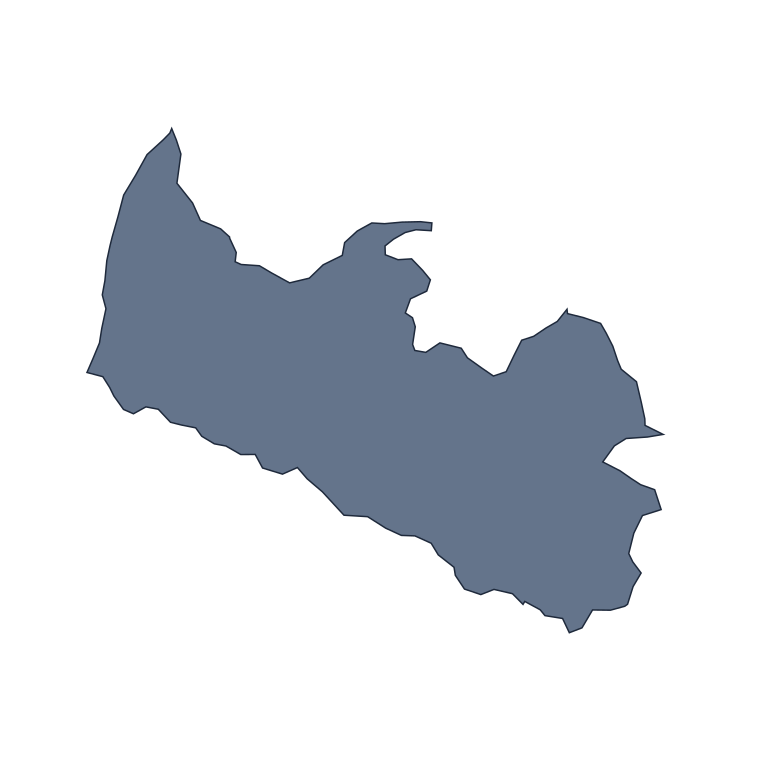 outline of Pano Kivides, Limassol, Cyprus, rotated 284°
{"feature_id": "46923920B16350634137742", "entity_name": "Pano Kivides", "entity_type": "district", "adm_level": 2, "iso_a3": "CYP", "parent_name": "Cyprus", "parent_adm1": "Limassol", "projection": "orthographic", "projection_center": [32.846, 34.75], "detail": "fine", "context": "isolated", "style": "filled", "palette": "slate", "viewbox_px": 768, "rotation_deg": 284, "n_neighbors": 0, "source": "geoboundaries", "source_scale": "gbopen_adm2", "svg_char_len": 1885}
<svg xmlns="http://www.w3.org/2000/svg" viewBox="0 0 768 768"><g transform="rotate(284 384 384)"><path d="M500.8,543.5L486.6,537.0L477.5,527.6L466.5,517.7L459.8,507.0L443.4,503.3L425.5,499.6L418.2,488.2L423.4,474.3L429.6,458.6L437.4,450.3L437.4,428.3L424.8,416.9L424.0,405.8L429.3,402.2L447.1,400.5L455.2,395.6L458.1,387.5L473.1,389.1L484.5,403.0L496.3,403.8L503.6,394.0L512.1,380.5L508.0,367.5L509.7,354.0L518.2,351.6L526.7,358.1L536.1,367.9L541.4,377.7L544.2,392.8L551.9,391.5L550.3,380.1L545.4,362.2L539.7,345.8L537.3,333.2L529.7,325.0L525.9,321.0L511.7,311.6L498.7,312.4L484.9,296.1L468.6,285.9L459.3,267.9L464.6,247.9L468.6,234.5L465.4,216.5L466.6,210.0L475.9,208.8L488.1,199.0L489.3,198.6L495.0,188.0L498.3,166.3L513.3,154.5L528.7,134.5L558.0,131.3L570.5,123.5L580.5,116.2L575.7,115.5L567.2,110.5L549.3,98.6L526.5,92.5L504.4,85.7L481.9,85.4L460.8,84.7L452.1,84.7L436.6,85.2L416.7,88.2L402.3,89.1L389.8,96.0L369.7,96.7L355.0,98.0L338.4,95.5L323.3,93.0L323.1,109.4L314.2,118.7L307.0,124.8L296.3,137.4L294.5,148.1L304.2,158.5L304.9,171.1L295.2,186.1L295.2,197.6L295.9,211.9L289.2,219.8L284.9,233.8L285.6,245.6L280.9,262.1L284.5,276.1L273.1,286.5L272.0,307.3L282.0,320.2L273.4,332.4L264.5,350.3L247.0,376.9L251.3,400.2L244.5,420.6L241.3,437.5L244.1,450.7L240.9,468.3L231.3,478.0L223.1,496.3L215.6,499.5L204.5,511.7L203.1,528.9L211.3,540.4L211.6,559.4L203.8,572.2L207.1,573.2L202.7,590.2L198.2,596.2L199.7,614.0L187.5,624.0L195.3,635.1L215.2,641.0L219.3,658.4L226.6,671.4L229.2,673.6L247.7,674.7L262.8,679.2L271.6,668.4L278.7,662.5L299.7,662.5L318.9,666.6L329.2,683.3L346.9,672.2L348.4,657.3L352.1,646.6L356.9,634.0L361.3,615.1L379.7,622.5L389.7,632.1L396.3,652.5L402.6,667.0L407.0,647.3L413.3,645.5L428.4,638.1L447.3,628.4L455.7,610.6L463.1,605.1L476.0,596.9L487.1,587.3L495.2,579.5L496.7,561.3L496.7,545.0L500.8,543.5Z" fill="#64748b" stroke="#1e293b" stroke-width="1.5"/></g></svg>